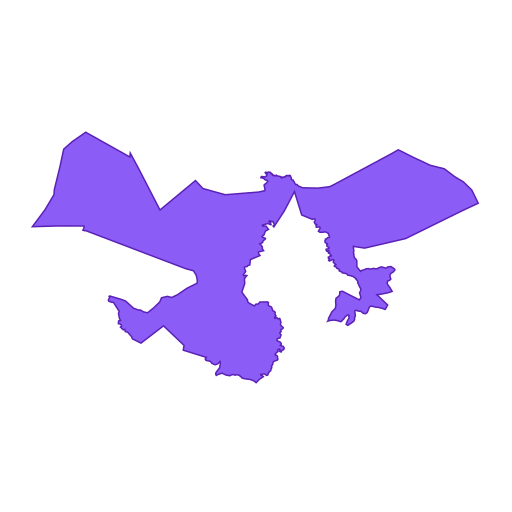 Santa María Ecatepec, Oaxaca, Mexico (Natural Earth projection), rotated 269°
{"feature_id": "50627088B69410007292717", "entity_name": "Santa María Ecatepec", "entity_type": "district", "adm_level": 2, "iso_a3": "MEX", "parent_name": "Mexico", "parent_adm1": "Oaxaca", "projection": "natural_earth1", "projection_center": [-95.911, 16.222], "detail": "fine", "context": "isolated", "style": "filled", "palette": "violet", "viewbox_px": 512, "rotation_deg": 269, "n_neighbors": 0, "source": "geoboundaries", "source_scale": "gbopen_adm2", "svg_char_len": 6157}
<svg xmlns="http://www.w3.org/2000/svg" viewBox="0 0 512 512"><g transform="rotate(269 256 256)"><path d="M361.1,132.1L357.2,131.6L382.7,87.9L373.7,74.4L366.2,65.6L348.6,61.5L325.8,55.5L320.9,55.1L305.9,45.8L289.2,32.9L289.5,57.7L289.0,84.5L287.5,84.6L284.8,83.4L284.2,85.4L284.4,86.0L244.5,185.6L242.3,193.2L238.2,195.7L236.5,196.2L232.6,196.9L229.8,196.6L225.0,186.5L218.8,177.1L216.0,171.0L217.2,166.7L215.9,160.8L211.8,159.0L206.0,152.9L201.1,146.5L202.1,142.6L204.2,139.1L203.8,138.2L205.9,132.7L213.3,124.8L215.1,120.2L218.6,109.0L218.2,108.5L217.7,109.2L214.6,107.6L213.3,108.1L212.2,111.1L212.1,112.7L203.1,118.2L200.9,117.5L195.9,118.4L194.0,119.4L193.5,117.5L190.7,117.2L190.4,118.8L189.5,120.1L188.2,120.3L187.3,119.2L184.5,122.0L184.9,123.6L182.7,124.0L182.2,126.2L177.5,130.2L175.3,131.0L170.9,139.5L187.8,162.3L167.9,182.5L163.1,181.6L155.5,204.6L153.8,203.4L152.5,204.2L151.5,208.5L149.6,209.8L148.1,212.8L148.1,213.8L148.8,215.8L151.1,218.2L149.3,218.5L145.0,217.7L140.1,213.9L138.5,213.6L137.3,214.2L138.3,216.2L139.4,220.1L137.5,223.9L136.7,227.7L137.8,229.9L137.7,230.8L137.9,231.5L137.2,232.9L137.6,234.5L137.2,236.8L136.9,237.6L136.0,238.0L135.6,239.0L134.9,239.3L134.1,240.1L133.3,243.4L132.7,247.9L131.0,252.0L129.3,253.9L132.7,257.3L135.2,261.3L136.2,260.3L136.5,259.1L137.1,258.6L137.6,258.8L137.8,261.1L138.1,262.1L136.4,264.5L136.9,265.8L138.9,266.3L139.1,266.9L140.2,267.3L141.0,268.7L142.9,269.1L143.9,269.8L145.9,269.7L147.3,270.8L149.5,271.2L150.5,272.3L151.5,275.5L152.4,276.1L154.1,275.7L155.0,275.8L156.0,275.3L156.4,274.7L156.3,274.0L157.0,273.4L157.5,273.4L159.2,275.0L160.1,276.4L161.8,276.0L162.3,276.7L162.1,277.1L162.6,277.9L162.4,278.3L160.1,278.1L159.6,279.3L159.7,279.7L160.8,279.8L161.7,281.7L162.7,282.5L163.8,282.5L165.3,281.5L165.5,280.4L166.2,278.8L167.1,279.7L167.8,279.8L168.9,279.3L169.5,278.7L171.1,275.5L173.1,275.9L173.6,278.5L176.8,279.7L178.1,278.6L179.1,278.5L179.9,279.8L181.9,279.5L183.0,281.7L184.1,281.9L185.4,280.3L187.0,279.2L189.2,279.8L192.9,278.8L193.2,278.3L192.7,277.0L194.0,275.8L193.3,273.7L194.2,273.5L195.8,275.0L197.2,274.0L199.4,274.2L200.5,273.1L200.8,272.0L204.7,270.6L206.3,267.5L209.0,267.4L209.2,267.6L209.9,266.8L209.9,259.0L207.9,257.4L207.9,255.1L206.1,253.5L208.8,248.6L210.2,247.0L212.4,246.7L220.1,241.2L228.7,244.3L233.4,244.0L236.6,246.5L236.9,245.2L236.5,243.3L237.6,243.0L240.6,245.4L244.2,244.2L245.1,244.5L245.7,247.0L246.6,247.8L247.2,249.7L252.5,250.3L256.4,260.0L258.5,258.6L260.0,258.5L261.2,263.7L263.3,262.4L264.9,262.5L266.6,261.5L268.2,260.0L269.3,262.9L270.6,263.0L273.0,265.8L273.7,265.4L274.4,263.1L275.5,262.4L276.9,264.3L280.7,265.8L282.4,269.0L285.7,266.5L285.7,263.3L286.8,263.0L288.3,268.5L287.0,271.1L287.1,271.6L288.8,271.0L290.2,269.6L291.1,270.6L289.9,272.3L290.2,273.6L286.7,275.0L285.7,273.6L284.8,274.4L300.2,284.9L319.7,295.6L296.2,302.4L291.6,313.1L292.3,315.1L291.7,315.9L290.7,315.9L289.0,314.8L287.1,315.6L286.4,317.3L285.5,316.5L283.7,316.8L284.0,320.1L282.8,320.7L279.7,318.8L278.7,320.1L278.5,321.8L278.9,326.0L277.3,328.8L276.2,328.9L274.1,329.9L273.2,329.4L273.2,328.0L272.0,326.9L271.7,325.7L271.1,325.8L269.8,325.1L268.1,325.5L267.2,327.3L266.4,327.6L266.2,327.0L264.6,327.1L264.1,327.5L263.3,329.2L262.8,329.3L262.0,328.7L261.6,326.3L260.9,326.1L259.6,326.8L259.4,327.3L259.6,327.3L260.0,328.3L259.7,329.2L258.7,329.1L258.1,328.5L257.6,328.6L257.8,329.6L256.2,330.3L254.9,331.4L254.6,331.2L254.6,329.7L253.9,329.2L253.6,328.3L252.6,328.3L252.1,329.3L250.4,328.5L249.7,329.3L249.8,329.7L250.9,331.9L251.2,332.9L251.0,333.3L250.3,333.9L249.4,333.2L248.2,333.2L246.0,335.7L245.0,334.2L244.3,334.2L243.2,336.5L242.5,336.5L242.0,337.0L241.5,338.6L240.9,339.0L239.7,338.9L238.4,341.6L237.6,342.0L236.9,345.7L236.3,346.7L235.2,347.4L234.7,350.5L234.3,350.9L234.0,352.4L231.4,355.8L230.9,355.6L230.0,356.6L228.5,357.4L227.1,357.3L226.3,357.9L224.7,358.4L221.2,360.2L220.0,360.2L217.4,358.9L212.7,360.2L210.3,358.6L219.3,341.7L218.8,339.2L216.0,339.0L214.9,338.5L212.2,335.2L209.7,334.8L205.1,335.0L202.3,334.4L198.7,330.8L192.3,327.4L190.5,327.2L189.6,326.6L190.2,328.7L190.6,332.4L190.2,335.3L188.9,339.5L189.0,340.1L192.1,343.1L193.5,343.9L195.2,346.2L195.5,347.5L194.9,347.9L194.2,348.0L193.8,347.7L192.4,348.0L189.3,346.1L186.1,344.9L185.0,346.6L188.2,351.5L189.2,352.7L190.7,353.5L192.9,353.4L193.5,354.0L194.5,354.3L199.1,353.8L200.1,354.7L199.1,357.4L199.0,359.6L196.7,362.4L196.4,364.5L197.1,365.7L198.1,366.5L203.0,368.5L203.8,369.8L203.6,371.9L202.8,374.5L202.5,377.3L201.2,382.0L200.3,384.0L200.5,384.4L204.7,386.8L215.2,376.2L215.5,379.6L217.0,387.7L218.2,391.5L222.0,389.4L224.4,387.6L226.3,386.7L227.2,386.7L228.7,387.4L229.4,389.2L230.5,390.4L234.0,389.5L235.7,390.2L236.4,390.7L237.4,392.7L238.5,393.5L239.0,394.4L240.0,394.6L240.7,394.2L243.1,390.8L242.8,387.6L241.5,385.8L242.8,381.9L242.9,380.8L242.0,378.3L241.2,377.1L241.1,375.3L241.6,373.5L241.0,370.7L241.0,369.4L241.5,368.3L241.3,366.0L240.4,364.0L239.7,361.3L238.8,360.3L243.0,357.0L243.6,356.7L249.6,356.7L251.1,355.9L252.4,354.5L254.7,353.8L255.5,354.0L258.1,353.5L259.1,353.9L263.9,353.5L262.0,364.8L270.8,405.9L296.8,461.1L304.9,479.1L318.2,472.9L326.5,464.6L331.9,456.0L339.9,445.8L343.7,431.7L352.0,414.8L359.7,400.1L355.3,392.0L326.0,335.1L324.0,330.7L322.8,319.1L323.4,303.8L325.3,299.5L326.8,298.2L326.9,296.8L328.7,295.6L329.2,295.7L330.7,294.5L331.2,294.5L331.5,293.2L332.3,292.6L333.2,292.7L335.8,291.7L335.9,291.3L335.5,290.6L336.0,290.4L335.7,289.6L336.0,288.6L335.8,287.5L335.2,287.4L334.8,286.0L334.3,286.0L334.5,285.0L334.1,284.0L334.5,283.4L333.7,283.3L334.0,282.2L335.1,281.6L335.8,278.4L336.4,277.7L335.9,277.4L336.2,276.1L335.8,275.6L336.6,275.0L336.2,274.4L336.5,273.9L337.8,273.6L338.1,272.5L338.6,272.5L338.6,272.1L339.4,271.8L339.8,269.6L338.6,268.8L339.6,267.6L339.6,267.0L339.1,266.6L337.0,268.4L335.4,267.4L335.0,265.8L335.4,262.9L334.6,262.3L334.2,262.2L333.9,263.8L333.1,265.4L331.8,266.7L331.8,267.5L331.0,268.9L330.3,269.0L328.4,267.4L327.3,265.6L326.7,265.3L322.6,266.1L321.2,266.0L319.9,259.8L317.8,226.3L324.4,204.1L332.5,196.8L303.7,160.8L345.6,140.1L361.1,132.1Z" fill="#8b5cf6" stroke="#5b21b6" stroke-width="1.5"/></g></svg>